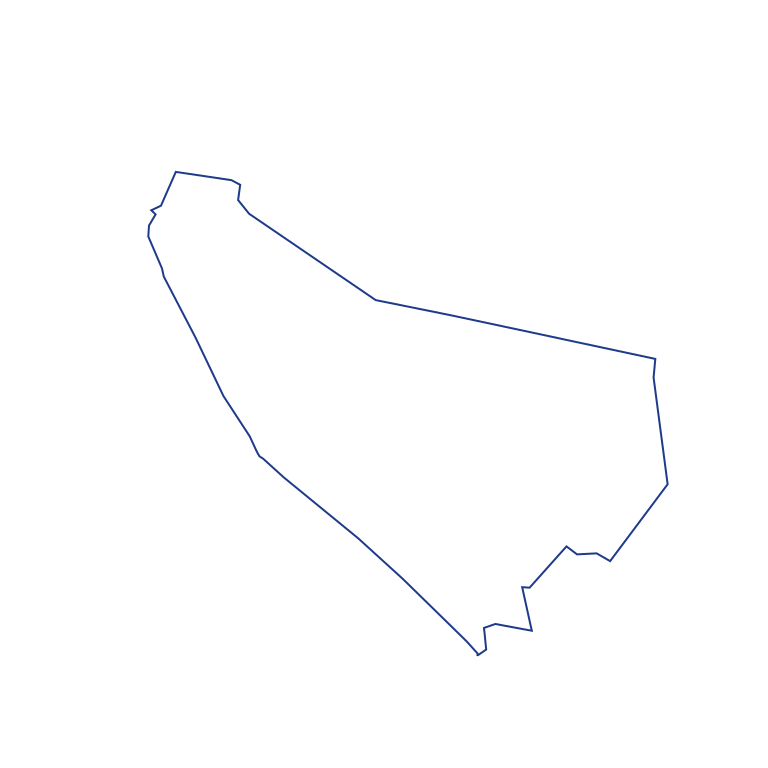 Ocean, New Jersey, United States of America (Albers equal-area conic projection), rotated 124°
{"feature_id": "52423323B31448976404541", "entity_name": "Ocean", "entity_type": "district", "adm_level": 2, "iso_a3": "USA", "parent_name": "United States of America", "parent_adm1": "New Jersey", "projection": "albers", "projection_center": [-74.224, 39.835], "detail": "fine", "context": "isolated", "style": "outline", "palette": "blue", "viewbox_px": 768, "rotation_deg": 124, "n_neighbors": 0, "source": "geoboundaries", "source_scale": "gbopen_adm2", "svg_char_len": 740}
<svg xmlns="http://www.w3.org/2000/svg" viewBox="0 0 768 768"><g transform="rotate(124 384 384)"><path d="M370.1,674.1L371.1,668.2L384.1,667.4L393.5,661.9L412.4,632.6L418.1,626.6L451.1,565.9L483.8,510.3L502.5,466.0L510.6,452.6L512.2,449.7L513.3,447.3L513.6,446.7L513.5,442.5L517.5,414.7L526.4,318.8L529.7,296.3L535.0,259.8L547.4,191.9L551.2,171.4L555.1,155.7L556.5,154.9L556.2,154.4L547.0,150.8L534.7,161.0L530.3,164.7L520.7,157.5L505.9,123.5L475.2,155.8L471.4,149.4L416.6,141.9L417.3,128.7L405.5,113.0L404.4,97.5L308.5,92.8L227.9,164.1L211.5,173.1L242.1,249.1L248.4,264.8L289.6,366.9L319.1,437.8L318.3,591.0L313.1,607.8L299.3,614.6L300.3,624.4L324.6,675.2L360.9,668.6L370.1,674.1Z" fill="none" stroke="#1e3a8a" stroke-width="2"/></g></svg>